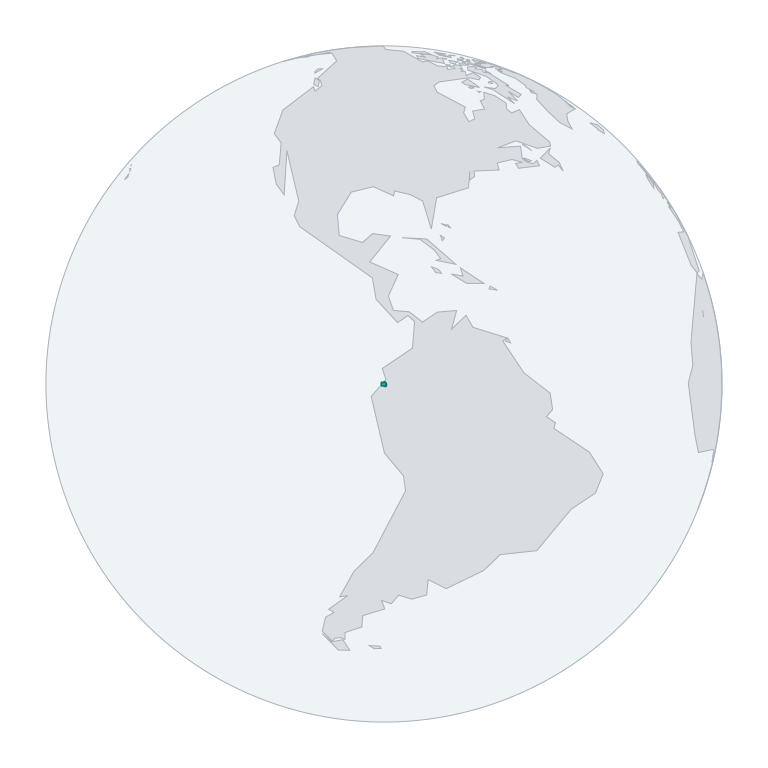 globe centered on El Oro, rotated 18°
{"feature_id": "ECU-1267", "entity_name": "El Oro", "entity_type": "Province", "adm_level": 1, "iso_a3": "ECU", "parent_name": "Ecuador", "parent_adm1": "", "projection": "orthographic", "projection_center": [-79.84, -3.463], "detail": "fine", "context": "on_globe", "style": "filled", "palette": "teal", "viewbox_px": 768, "rotation_deg": 18, "n_neighbors": 0, "source": "natural_earth", "source_scale": "10m", "svg_char_len": 7567}
<svg xmlns="http://www.w3.org/2000/svg" viewBox="0 0 768 768"><g transform="rotate(18 384 384)"><circle cx="384" cy="384" r="338" fill="#eef3f6" stroke="#a8b0b8"/><path d="M231.9,82.2L236.5,80.0L241.9,77.5L240.6,78.0L248.4,74.5L248.6,74.4L249.2,74.1L272.9,64.9L278.9,62.9L282.4,65.3L299.7,61.5L320.9,65.8L325.6,63.3L336.7,64.8L346.2,62.9L347.4,65.3L354.0,61.9L351.1,60.2L353.0,58.4L358.3,57.4L360.8,59.9L358.5,60.7L362.0,61.0L361.0,62.9L364.5,61.4L366.9,65.2L372.5,60.3L381.0,62.4L380.5,65.3L370.1,66.5L343.1,79.7L339.3,84.9L344.4,90.0L375.8,95.5L375.9,101.4L383.7,108.3L388.4,103.8L384.0,97.0L394.7,91.4L388.0,84.9L391.4,82.1L388.7,75.8L400.3,75.6L413.1,79.1L415.9,84.7L421.6,86.8L428.0,81.2L442.0,92.5L466.5,102.5L468.9,106.2L457.2,112.4L434.2,112.0L419.1,124.2L440.3,115.6L445.9,126.8L451.6,128.8L457.9,128.4L460.2,124.1L464.5,128.4L445.2,137.3L441.0,133.6L447.2,130.4L436.4,130.9L423.4,138.9L427.3,144.9L403.6,153.7L406.1,158.5L402.3,163.8L400.0,155.2L403.7,171.3L376.5,190.6L381.1,221.9L364.2,198.0L350.7,195.8L334.5,197.1L335.0,202.1L313.0,199.6L293.6,211.6L287.3,237.3L295.5,256.6L319.9,256.0L326.8,244.4L344.5,241.3L332.7,272.3L363.7,275.5L361.0,299.1L370.2,311.1L385.6,307.6L401.5,313.2L412.5,299.2L430.4,291.6L431.3,310.9L440.8,293.3L451.1,302.6L486.4,302.2L483.8,306.5L513.7,330.2L544.9,341.4L552.2,356.1L548.6,364.9L559.1,367.9L559.3,373.8L600.3,385.3L620.2,401.7L618.8,422.4L600.7,445.2L580.8,495.3L547.3,510.3L536.5,530.5L506.4,559.4L486.4,556.4L489.8,571.5L476.8,580.1L463.2,580.3L458.9,590.7L448.7,590.7L454.2,597.7L435.4,610.8L438.0,622.0L423.7,632.4L425.8,638.9L421.2,638.6L415.9,640.9L414.6,644.4L401.6,638.3L400.5,623.9L407.0,616.6L401.0,615.3L414.9,596.4L407.6,600.2L413.3,571.6L425.7,547.8L437.5,479.1L431.0,465.4L405.8,449.6L375.7,399.8L384.4,379.2L377.6,369.8L400.0,341.0L393.7,315.0L385.6,311.5L377.9,321.4L350.2,305.8L340.2,286.7L255.2,260.4L246.5,251.6L246.5,236.5L219.5,192.0L230.6,234.9L219.8,227.2L211.5,212.3L216.7,207.9L211.7,186.5L202.3,179.7L203.2,154.7L225.1,123.0L227.9,126.7L232.8,119.6L229.7,115.0L226.4,113.8L239.2,91.3L232.3,85.5L219.3,91.1L230.7,85.0L198.7,102.1L188.1,108.7L206.8,97.0L213.9,92.8L210.0,94.4L216.4,90.6L217.1,90.1L231.9,82.2ZM74.0,269.9L76.4,262.5L76.4,266.4L74.0,269.9ZM76.9,258.7L76.3,261.0L76.6,259.2L76.9,258.7ZM76.6,257.8L76.8,258.4L76.2,258.5L76.6,257.8ZM75.7,257.5L76.3,257.3L76.1,257.7L75.7,257.5ZM379.8,232.9L415.3,248.0L395.6,250.2L399.2,247.2L390.1,240.9L373.4,235.3L355.9,239.3L379.8,232.9ZM75.6,254.9L75.6,254.0L76.4,253.0L75.6,254.9ZM394.7,214.8L388.5,213.8L394.5,213.5L394.7,214.8ZM223.9,114.2L228.9,115.4L229.4,121.6L224.5,120.7L223.9,114.2ZM224.0,104.5L228.1,103.3L222.2,109.7L221.7,108.3L224.0,104.5ZM208.6,96.8L211.5,95.9L206.5,98.2L208.6,96.8ZM382.6,76.6L385.6,76.2L384.5,77.5L382.6,76.6ZM378.5,74.4L375.1,76.2L372.7,75.5L374.8,74.4L378.5,74.4ZM383.3,72.5L368.8,74.1L364.7,73.0L369.4,68.1L383.3,72.5ZM347.8,60.2L351.2,61.9L343.4,61.5L347.8,60.2ZM342.4,60.5L315.8,63.9L313.5,61.6L322.9,60.5L315.9,59.0L327.9,56.1L334.4,56.3L333.5,58.2L338.7,55.8L342.4,60.5ZM353.1,57.7L348.0,58.2L345.6,56.2L355.5,54.7L353.1,55.8L353.1,57.7ZM308.2,60.4L308.2,59.0L317.9,56.2L319.2,55.4L328.0,55.9L308.2,60.4ZM356.4,55.8L360.6,54.1L366.6,54.4L358.0,57.1L356.4,55.8ZM340.8,56.4L340.2,55.5L343.8,55.4L340.8,56.4ZM390.2,55.7L384.1,55.7L382.4,54.5L390.2,55.7ZM361.8,53.6L359.7,53.5L358.3,53.2L362.3,52.3L361.8,53.6ZM334.2,54.2L338.2,53.5L331.1,53.7L338.0,52.2L342.6,53.0L343.6,52.0L345.7,51.6L347.0,52.9L334.2,54.2ZM362.2,50.8L370.4,52.3L382.1,52.1L384.0,53.0L364.7,53.2L362.2,50.8ZM353.2,51.8L359.2,51.3L358.5,52.3L353.9,53.3L353.2,51.8ZM341.1,51.0L329.3,53.1L328.7,53.0L341.1,51.0ZM365.7,50.4L363.7,50.1L366.6,50.3L365.7,50.4ZM348.8,50.4L344.7,51.0L344.2,50.8L348.8,50.4ZM363.0,49.3L365.6,49.6L362.7,50.2L363.0,49.3ZM356.6,49.6L356.8,49.1L360.0,50.2L354.9,49.9L356.6,49.6ZM349.0,50.1L347.3,50.1L350.8,49.8L349.0,50.1ZM372.8,47.6L377.5,48.8L370.9,49.7L367.2,48.3L372.8,47.6ZM422.7,651.1L402.4,640.5L414.1,645.3L423.9,639.9L433.8,647.9L422.7,651.1ZM450.7,637.3L461.0,634.6L463.0,636.4L456.3,638.8L450.7,637.3ZM626.9,149.1L629.0,151.8L648.8,179.1L647.6,181.6L639.5,176.3L616.8,148.9L622.1,146.7L614.1,138.5L599.7,127.2L602.6,128.1L597.4,123.7L598.1,123.1L586.0,113.1L585.7,112.9L607.0,130.2L626.9,149.1ZM721.2,406.5L721.8,390.1L721.4,365.8L720.6,355.4L720.1,357.4L718.2,345.1L717.1,344.6L704.2,352.0L695.4,336.2L673.1,289.0L671.9,270.6L663.1,249.6L647.5,182.3L653.9,186.2L653.3,179.9L667.2,199.7L679.7,220.4L690.6,241.9L700.0,264.2L707.7,287.1L713.8,310.4L718.2,334.2L720.9,358.2L721.9,382.3L721.2,406.5ZM664.2,215.5L667.3,221.5L664.2,215.5ZM487.5,302.0L491.8,305.8L486.2,305.8L487.5,302.0ZM393.1,257.9L400.5,258.2L404.4,261.0L398.8,262.0L393.1,257.9ZM454.7,258.0L463.0,259.7L454.4,261.1L454.7,258.0ZM420.8,250.0L448.0,257.4L431.3,262.8L414.1,258.6L425.8,256.9L420.8,250.0ZM391.7,225.2L396.4,226.4L395.1,229.7L391.7,225.2ZM399.0,214.8L397.2,215.1L394.8,212.5L399.0,214.8ZM447.1,126.2L448.7,125.6L455.3,126.2L452.5,127.9L447.1,126.2ZM482.3,119.2L488.5,126.2L482.2,121.9L479.6,125.1L463.0,120.9L469.2,108.0L469.4,114.2L482.3,119.2ZM442.7,113.1L452.5,116.3L441.5,113.4L442.7,113.1ZM568.0,103.7L572.5,106.0L578.6,110.7L580.1,114.5L571.4,107.4L568.0,103.7ZM577.5,108.4L557.0,95.5L555.3,93.6L559.7,96.7L560.6,96.6L568.0,101.8L586.4,113.7L592.9,118.9L592.2,121.4L588.8,117.3L584.6,114.9L577.5,108.4ZM507.9,75.1L499.0,72.0L506.7,71.4L514.1,74.5L516.1,77.8L508.5,76.1L507.9,75.1ZM394.5,64.7L390.5,65.4L389.9,64.4L392.6,63.1L394.5,64.7ZM387.5,55.8L410.7,61.6L407.5,62.4L425.0,66.2L423.2,70.0L411.9,67.2L423.6,73.6L412.7,72.6L421.6,77.0L396.6,70.4L387.3,70.6L398.4,68.7L400.3,65.0L398.3,63.5L385.8,59.8L366.6,59.5L365.4,56.7L369.7,54.8L374.2,54.4L373.5,56.2L379.9,54.5L382.3,56.8L387.5,55.8ZM431.5,49.4L433.8,49.9L435.2,50.1L441.2,51.2L450.8,53.2L450.4,53.4L454.3,54.1L458.3,55.3L463.6,56.6L464.7,57.7L471.2,59.5L468.1,59.1L479.0,62.2L471.4,60.5L475.9,62.5L480.9,63.1L474.3,70.7L477.4,76.8L484.1,83.4L470.2,80.9L455.0,73.8L441.2,66.0L440.2,61.1L434.0,61.4L431.8,59.4L437.6,59.9L427.3,58.0L426.9,56.6L414.6,52.7L400.0,51.8L395.1,50.8L400.7,50.5L392.0,49.8L399.2,48.8L395.9,48.3L399.7,47.3L412.3,47.8L407.7,47.3L410.3,47.2L420.7,48.1L418.0,48.0L430.4,49.3L431.5,49.4ZM374.3,47.2L388.9,46.7L397.4,47.0L387.2,48.8L389.2,49.4L383.0,51.6L370.7,51.3L373.7,50.6L373.6,50.0L377.5,50.3L374.4,49.5L378.3,48.8L376.9,48.1L382.0,48.0L374.3,47.2Z" fill="#d9dde1" stroke="#a8b0b8" stroke-width="1"/><path d="M382.1,386.5L382.1,386.4L381.9,386.3L381.9,386.2L381.8,385.8L381.7,385.7L381.8,385.6L381.7,385.4L381.7,385.2L381.8,385.1L381.8,384.9L381.7,384.8L381.7,384.7L381.6,384.4L381.6,384.2L381.4,384.0L381.5,383.9L381.4,383.7L381.2,383.7L381.1,383.4L381.2,383.2L381.3,383.2L381.2,383.3L381.2,383.5L381.3,383.4L381.3,383.2L381.5,383.3L382.0,383.2L382.3,383.2L382.6,382.6L382.8,382.5L382.8,382.9L383.0,382.8L383.0,382.7L383.3,382.4L383.4,382.2L383.5,381.9L383.5,381.7L384.2,381.6L384.5,381.7L385.2,382.0L385.4,382.2L385.4,382.3L385.5,382.4L385.4,382.5L385.3,382.8L385.2,383.0L385.3,383.2L385.7,383.1L385.9,383.1L386.0,383.1L386.3,383.2L386.2,383.5L386.3,383.7L386.3,383.8L386.5,383.9L386.4,384.0L386.2,384.2L386.2,384.3L386.2,384.5L386.1,384.8L386.1,385.0L386.3,384.9L386.4,384.7L386.5,384.8L386.7,385.0L386.8,385.0L386.8,385.3L386.7,385.4L386.6,385.5L386.6,385.8L386.4,386.0L386.2,386.0L386.0,385.9L385.7,386.0L385.6,385.9L385.4,385.8L385.4,385.7L385.2,385.8L384.9,385.9L384.8,386.1L384.7,386.2L384.2,386.2L383.9,386.1L383.4,386.2L383.0,386.4L382.6,386.4L382.2,386.5L382.1,386.5Z" fill="#14b8a6" stroke="#0f766e" stroke-width="1.5"/></g></svg>